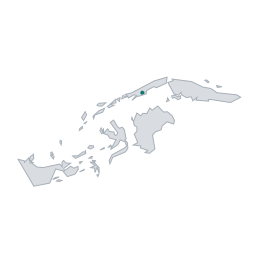 Blora, Jawa Tengah, Indonesia shown in context, rotated 146°
{"feature_id": "22746128B85780086903212", "entity_name": "Blora", "entity_type": "district", "adm_level": 2, "iso_a3": "IDN", "parent_name": "Indonesia", "parent_adm1": "Jawa Tengah", "projection": "albers", "projection_center": [111.399, -7.111], "detail": "fine", "context": "in_parent", "style": "filled", "palette": "teal", "viewbox_px": 256, "rotation_deg": 146, "n_neighbors": 0, "source": "geoboundaries", "source_scale": "gbopen_adm2", "svg_char_len": 4391}
<svg xmlns="http://www.w3.org/2000/svg" viewBox="0 0 256 256"><g transform="rotate(146 128 128)"><path d="M87.9,105.8L92.2,111.3L98.5,110.6L101.7,108.0L107.3,109.5L111.6,108.5L117.4,95.6L124.3,95.0L127.6,98.1L124.1,98.4L128.9,104.6L127.5,106.0L133.2,111.0L128.1,110.4L126.2,119.3L122.3,120.5L120.0,124.0L121.4,126.5L119.8,130.4L112.3,135.4L110.6,130.9L107.6,131.9L104.4,129.4L98.7,132.4L97.9,129.2L91.0,129.6L89.7,121.5L86.2,119.3L84.6,113.7L85.2,108.3L87.9,105.8ZM17.4,90.5L28.8,91.8L43.7,105.6L45.5,106.7L46.2,105.2L56.0,113.0L53.7,114.8L59.1,114.3L58.1,118.5L62.6,120.6L65.0,125.6L64.1,128.0L67.6,126.9L70.8,130.4L69.5,143.4L64.2,142.0L64.1,143.9L49.4,131.0L43.0,120.0L37.3,114.5L34.4,107.4L19.3,94.7L17.4,90.5ZM238.6,132.4L236.6,163.5L232.3,158.8L232.9,157.5L227.0,158.7L228.1,155.6L226.6,153.9L227.1,153.7L228.1,153.9L228.6,153.8L226.0,152.4L227.2,152.1L225.1,146.3L220.2,142.5L204.7,136.3L204.2,132.6L201.9,136.5L199.6,137.2L198.9,133.5L195.3,130.9L203.7,130.5L204.8,128.1L197.0,128.4L195.4,125.0L190.9,124.2L192.3,121.5L197.9,119.4L205.4,121.6L206.1,129.1L210.9,134.4L223.7,126.1L238.6,132.4ZM161.8,111.6L156.3,114.7L140.9,113.3L139.0,114.5L138.3,118.4L141.2,122.4L145.6,119.9L154.6,119.9L144.4,124.9L148.8,129.9L148.6,133.3L151.4,137.1L145.3,138.7L145.5,135.5L142.0,132.7L142.9,129.0L141.0,128.6L139.1,129.9L139.6,142.5L135.5,142.6L135.9,135.0L135.2,132.5L132.3,131.9L132.0,128.7L135.6,120.1L137.2,119.9L136.7,116.2L139.5,111.2L143.4,109.6L157.2,112.2L163.0,108.4L161.8,111.6ZM71.1,143.8L81.9,145.5L83.5,147.9L91.9,148.6L93.8,146.1L101.9,148.5L104.2,152.1L110.8,152.7L110.7,155.7L111.6,157.4L105.3,155.1L80.0,152.4L67.2,148.3L71.1,143.8ZM175.6,112.8L180.3,109.5L178.1,113.4L181.1,116.0L176.2,115.4L178.6,121.2L175.2,117.9L174.2,111.3L177.3,106.4L175.6,112.8ZM177.2,130.5L188.5,132.2L189.5,135.8L185.0,133.0L178.6,133.4L176.8,131.9L175.7,133.5L177.2,130.5ZM150.5,157.3L142.2,158.6L136.4,157.4L140.2,155.3L148.3,157.3L151.2,154.9L150.5,157.3ZM126.7,154.6L132.2,155.4L133.2,157.2L122.1,158.7L123.9,155.6L127.7,157.4L128.9,156.8L126.7,154.6ZM160.6,159.1L160.7,162.6L154.4,165.5L154.8,162.2L160.6,159.1ZM70.7,123.5L72.3,127.3L74.5,127.8L73.8,130.2L70.6,129.0L69.5,126.0L66.4,125.3L67.9,123.1L70.7,123.5ZM225.3,158.8L221.0,159.1L223.3,155.3L226.6,154.6L227.6,156.1L225.3,158.8ZM137.3,160.7L139.8,162.4L141.0,164.2L138.4,164.8L132.3,161.3L137.3,160.7ZM170.7,131.4L172.4,134.0L169.8,134.9L166.8,132.8L167.0,131.3L170.7,131.4ZM111.1,154.5L116.9,155.7L114.3,157.8L111.1,154.5ZM120.3,154.8L121.1,158.1L117.6,157.6L120.3,154.8ZM81.2,128.3L78.3,130.8L78.6,127.7L81.2,128.3ZM207.2,144.1L207.6,148.3L206.3,148.4L205.3,145.4L207.2,144.1ZM109.2,148.7L104.7,150.0L102.8,149.2L109.2,148.7ZM152.9,137.9L152.8,141.6L150.2,143.1L151.3,138.1L152.9,137.9ZM27.1,109.7L31.3,111.7L30.8,113.7L27.1,109.7ZM37.6,124.6L36.0,123.9L35.1,120.9L36.4,120.7L37.6,124.6ZM191.1,155.7L190.3,154.2L192.8,151.5L192.6,154.0L191.1,155.7ZM188.1,117.6L192.8,118.8L187.5,118.2L188.1,117.6ZM159.2,124.2L163.5,125.4L158.7,125.1L159.2,124.2ZM150.8,139.6L148.5,141.4L150.6,138.1L150.8,139.6ZM212.2,121.5L214.7,122.0L216.9,123.9L214.6,124.1L212.2,121.5ZM169.7,153.3L168.1,154.6L164.9,154.7L165.8,153.2L169.7,153.3ZM206.8,149.0L205.6,150.9L204.5,150.7L204.8,147.7L206.8,149.0ZM177.2,124.8L174.3,125.0L173.5,124.3L174.8,123.1L177.2,124.8ZM212.4,126.0L215.9,126.5L219.2,127.4L216.0,127.6L212.4,126.0ZM152.0,121.7L154.9,123.1L151.9,123.6L152.0,121.7ZM180.1,106.4L178.2,106.0L180.1,104.6L180.1,106.4ZM158.1,156.5L161.3,155.5L161.7,156.2L158.1,156.5ZM187.8,125.3L187.2,127.0L184.8,126.0L186.0,125.6L187.8,125.3ZM120.1,133.5L118.8,134.6L119.9,131.0L120.1,133.5ZM174.6,118.3L176.0,120.7L175.4,121.0L173.3,119.1L174.6,118.3Z" fill="#d9dde1" stroke="#a8b0b8" stroke-width="1"/><path d="M95.9,148.2L95.7,148.2L95.7,148.3L95.4,148.4L95.3,148.5L95.3,148.4L95.3,148.5L95.2,148.5L95.1,148.8L95.3,148.8L95.5,148.8L95.6,149.0L95.6,149.3L95.7,149.5L95.8,149.5L95.8,149.8L95.7,150.0L95.8,150.2L95.8,150.3L95.8,150.2L95.8,150.3L96.0,150.3L96.3,150.4L96.3,150.5L96.2,150.5L96.3,150.5L96.5,150.5L96.8,150.7L96.7,150.6L96.8,150.5L96.7,150.5L96.8,150.4L96.7,150.4L96.7,150.2L96.8,150.2L97.0,150.1L97.2,149.9L97.3,149.9L97.4,149.7L97.5,149.6L97.5,149.4L97.6,149.2L97.5,148.9L97.5,148.7L97.4,148.7L97.2,148.5L97.2,148.4L96.9,148.3L96.7,148.3L96.4,148.4L96.2,148.3L96.1,148.2L95.9,148.2L95.9,148.2Z" fill="#14b8a6" stroke="#0f766e" stroke-width="1.5"/></g></svg>